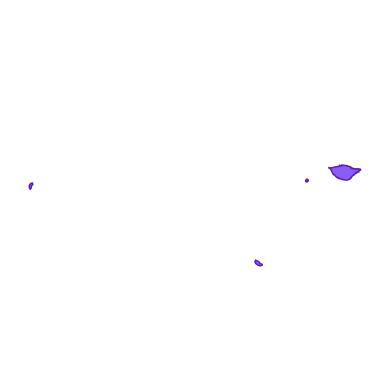 the district of Uman, Federated States of Micronesia, rotated 102°
{"feature_id": "79324940B14491633646531", "entity_name": "Uman", "entity_type": "district", "adm_level": 2, "iso_a3": "FSM", "parent_name": "Federated States of Micronesia", "parent_adm1": "", "projection": "natural_earth1", "projection_center": [151.893, 7.153], "detail": "fine", "context": "isolated", "style": "filled", "palette": "violet", "viewbox_px": 384, "rotation_deg": 102, "n_neighbors": 0, "source": "geoboundaries", "source_scale": "gbopen_adm2", "svg_char_len": 3685}
<svg xmlns="http://www.w3.org/2000/svg" viewBox="0 0 384 384"><g transform="rotate(102 192 192)"><path d="M148.5,47.1L148.5,46.9L148.5,46.6L148.4,46.5L148.4,46.3L148.4,46.0L148.4,45.2L148.4,44.6L148.3,44.2L148.3,43.8L148.3,43.5L148.2,43.4L148.1,42.9L148.0,42.6L147.8,42.3L147.0,40.9L146.5,40.3L146.2,40.0L145.9,39.7L145.7,39.6L145.6,39.8L145.4,39.5L145.0,39.3L145.0,39.5L144.8,39.5L144.7,39.4L144.7,39.2L144.2,39.0L143.8,38.9L143.6,38.9L143.4,38.7L143.1,38.7L142.8,38.4L142.7,38.3L142.6,38.1L142.3,37.9L142.2,37.8L141.9,37.8L141.8,37.4L141.3,37.3L141.3,37.0L141.1,37.1L141.0,36.8L140.9,36.6L140.6,36.4L139.9,36.2L139.6,35.6L139.3,35.6L139.5,35.3L139.2,34.9L138.7,34.7L138.7,34.8L138.3,34.8L138.2,34.6L138.3,34.3L138.1,34.1L138.4,34.2L138.0,33.8L137.7,34.0L137.6,33.9L137.7,33.6L137.3,33.6L137.2,33.5L137.2,33.4L137.3,33.1L136.9,33.2L136.5,33.2L136.4,32.9L136.2,32.9L136.0,33.0L135.9,32.7L135.5,32.6L135.5,32.2L135.3,32.0L135.2,32.1L134.9,31.9L134.7,32.0L134.7,32.8L134.7,34.5L134.9,34.8L135.1,35.0L135.2,35.4L135.3,35.5L135.2,35.7L135.1,35.8L135.2,36.1L135.3,36.1L135.3,36.3L135.4,36.5L135.5,36.5L135.4,36.7L135.3,36.9L135.5,37.4L135.5,37.7L135.5,38.0L135.8,38.2L135.8,38.6L135.5,38.6L135.5,39.0L135.8,39.1L135.7,39.4L135.4,39.6L135.5,39.7L135.6,39.9L135.4,39.9L135.3,40.1L135.3,40.3L135.5,40.4L135.5,40.5L135.3,40.7L135.2,40.9L135.0,41.4L134.8,41.7L134.7,41.8L134.9,41.9L134.6,42.0L134.6,42.3L134.5,42.6L134.4,43.0L134.4,43.6L134.2,44.9L134.3,45.1L134.2,45.4L134.1,45.8L134.3,45.8L134.1,46.2L134.0,46.5L134.1,46.4L134.1,46.5L134.2,47.7L134.4,48.6L134.2,49.0L134.3,49.1L134.5,49.3L134.5,49.6L134.5,49.8L134.4,49.9L134.4,50.1L134.5,50.1L134.6,50.9L134.8,50.8L134.8,50.3L134.7,50.0L135.0,50.7L135.2,51.3L135.2,51.8L135.3,51.8L135.3,52.0L135.2,52.0L135.2,52.4L135.2,52.5L135.4,52.3L135.4,52.6L135.6,52.6L135.8,52.8L135.7,52.8L135.7,53.0L135.9,52.9L136.1,53.1L136.1,53.4L136.6,54.2L137.3,56.3L137.6,56.9L138.1,57.9L138.4,58.5L138.7,59.2L139.1,60.0L139.2,60.3L139.3,60.8L139.4,61.0L139.5,61.3L139.7,61.6L139.9,61.9L139.9,62.1L139.8,62.5L139.7,62.7L139.6,62.8L139.6,63.1L139.9,63.2L140.1,62.9L140.3,62.4L140.2,61.8L140.2,61.7L140.3,61.5L140.5,61.7L140.9,61.2L141.2,60.6L142.2,59.9L142.5,59.6L143.0,59.4L143.5,59.0L144.4,58.3L144.9,58.0L145.3,57.3L145.6,56.9L145.8,56.7L145.7,56.5L145.6,56.2L145.8,55.6L146.0,55.4L146.5,55.1L146.8,54.7L147.0,54.4L147.2,54.1L147.4,53.8L147.5,53.6L147.4,53.4L147.3,53.2L147.5,53.0L147.7,52.9L147.8,52.3L148.0,52.2L148.0,51.9L147.8,51.9L147.9,51.7L147.7,51.8L147.6,51.4L147.8,51.1L148.3,48.9L148.5,48.3L148.5,47.8L148.5,47.6L148.5,47.2L148.5,47.1ZM246.8,115.9L247.3,115.8L248.4,115.1L248.9,114.4L249.8,112.4L250.0,111.3L249.9,109.3L249.0,108.2L248.4,108.2L248.0,108.9L247.9,110.0L247.5,111.0L246.7,111.4L246.2,112.5L245.5,115.2L245.5,115.7L246.8,115.9ZM218.8,352.3L219.4,352.4L220.0,352.4L220.6,352.3L221.2,352.1L221.9,351.7L222.3,351.4L222.6,351.2L222.8,351.1L222.9,350.9L222.6,350.6L222.4,350.6L222.1,350.4L221.9,350.3L221.6,350.2L221.3,350.1L220.5,350.2L220.2,350.2L219.8,350.3L219.4,350.3L219.1,350.2L218.8,350.0L218.4,349.6L218.1,349.4L217.8,349.3L217.5,349.3L217.3,349.5L216.8,349.7L216.6,349.8L216.4,349.9L216.5,350.1L216.6,350.6L216.9,351.0L217.1,351.3L217.2,351.5L217.5,351.7L218.0,351.9L218.3,352.1L218.8,352.3ZM157.8,81.6L157.3,80.8L156.9,80.7L156.7,80.7L156.3,80.9L156.1,80.9L155.7,81.4L155.5,81.9L155.6,82.4L155.8,82.8L156.3,82.9L156.5,82.7L157.0,83.1L157.4,83.0L157.7,83.2L158.1,82.9L158.3,81.7L158.1,81.6L157.8,81.6ZM135.7,32.1L135.6,31.8L135.5,31.7L135.4,31.6L135.2,31.7L135.1,31.8L135.1,32.0L135.3,32.0L135.4,31.9L135.6,32.1L135.8,32.3L135.8,32.5L136.0,32.6L135.9,32.4L135.7,32.1Z" fill="#8b5cf6" stroke="#5b21b6" stroke-width="1.5"/></g></svg>